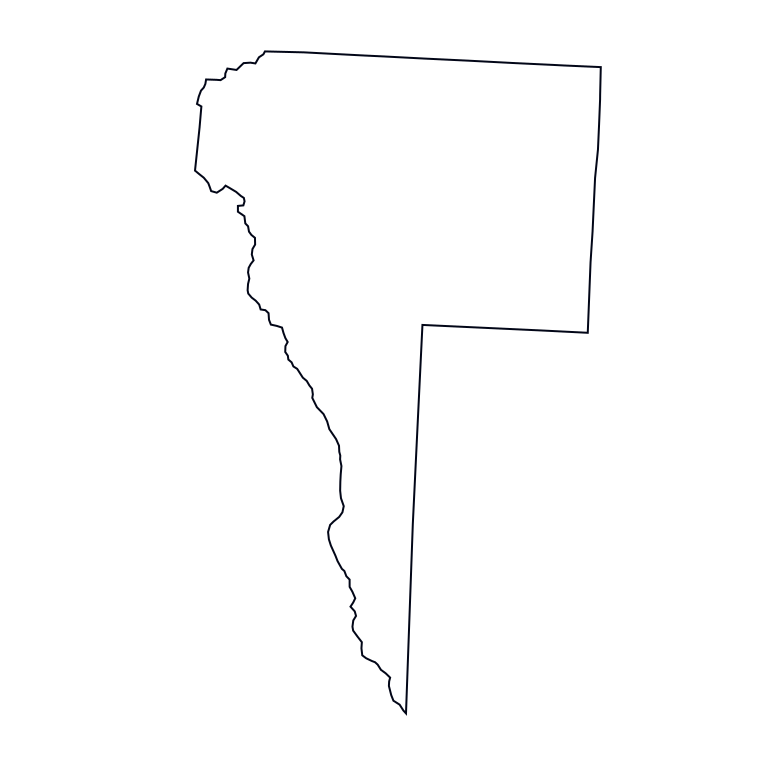 Santa Luzia D'Oeste, Rondônia, Brazil, rotated 3°
{"feature_id": "56859067B12589205875865", "entity_name": "Santa Luzia D'Oeste", "entity_type": "district", "adm_level": 2, "iso_a3": "BRA", "parent_name": "Brazil", "parent_adm1": "Rondônia", "projection": "mercator", "projection_center": [-61.766, -12.143], "detail": "fine", "context": "isolated", "style": "outline", "palette": "ink", "viewbox_px": 768, "rotation_deg": 3, "n_neighbors": 0, "source": "geoboundaries", "source_scale": "gbopen_adm2", "svg_char_len": 2069}
<svg xmlns="http://www.w3.org/2000/svg" viewBox="0 0 768 768"><g transform="rotate(3 384 384)"><path d="M184.1,180.8L188.7,184.2L193.2,187.4L198.0,192.6L199.5,196.0L201.3,200.4L207.0,201.7L212.7,197.6L215.4,194.2L219.5,196.3L226.3,199.9L231.2,203.7L234.3,205.5L235.2,208.9L234.2,213.0L228.8,213.8L229.1,219.6L235.8,223.7L237.1,230.9L240.0,233.6L241.2,238.9L243.8,242.1L247.5,244.8L248.0,251.5L245.6,256.1L245.2,261.6L247.3,267.4L244.7,271.1L242.8,275.0L242.4,279.7L244.0,285.8L243.0,291.2L242.9,297.5L243.7,300.8L247.3,304.6L251.5,307.5L255.2,311.2L256.9,316.0L261.7,316.5L265.0,319.3L265.8,325.9L267.9,330.6L273.9,331.6L279.2,333.0L281.0,338.4L283.1,343.3L285.6,347.1L283.6,351.3L283.7,357.2L286.5,360.8L287.2,364.6L290.6,367.2L292.6,371.2L296.5,373.4L302.6,381.9L306.7,385.0L309.6,389.4L312.4,392.5L313.5,398.1L313.1,401.6L318.2,410.7L325.2,417.2L329.2,424.4L331.8,432.0L339.0,441.5L342.3,448.0L342.9,454.1L344.1,457.8L344.1,461.6L345.8,468.2L345.5,476.5L345.5,483.7L345.8,492.9L347.0,500.3L350.2,508.1L349.2,514.3L346.2,519.1L340.9,523.9L337.6,527.5L335.9,534.7L337.1,542.0L339.4,548.1L344.5,558.0L346.9,563.3L351.6,570.8L354.2,572.8L356.5,578.0L359.9,581.1L360.3,588.4L363.3,593.1L366.5,599.5L364.7,603.8L362.2,608.1L366.7,612.6L368.2,617.1L365.7,621.7L365.2,628.0L366.1,631.9L370.9,637.8L375.4,643.0L375.3,649.1L376.5,656.1L380.5,658.8L386.5,661.3L389.6,662.3L392.4,664.6L395.9,669.6L400.8,672.8L405.5,676.9L404.7,680.8L404.7,685.3L407.5,694.3L410.0,699.8L416.4,703.4L420.4,709.0L423.2,711.8L420.1,522.4L419.7,424.1L419.3,323.0L438.6,322.9L539.1,322.3L584.8,322.2L583.9,251.8L584.3,220.9L584.2,204.1L584.0,167.2L585.4,138.7L585.2,113.3L584.9,88.4L584.7,83.7L583.9,56.2L547.1,56.5L536.7,56.5L495.3,56.7L451.2,56.7L408.3,56.9L366.9,56.9L347.4,57.0L326.4,57.0L286.7,57.0L247.7,58.1L246.3,61.1L242.0,64.3L238.8,70.6L233.8,70.1L227.0,70.9L220.3,78.1L211.1,77.2L209.3,82.2L209.3,85.9L204.9,89.1L200.8,89.0L190.4,89.2L189.9,93.7L188.5,97.4L185.9,100.6L184.0,106.6L182.6,114.1L187.1,116.4L186.4,137.4L184.1,180.8Z" fill="none" stroke="#020617" stroke-width="2"/></g></svg>